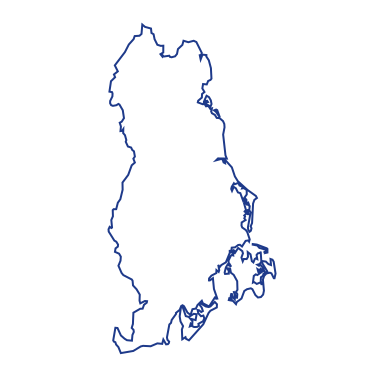 SVG path tracing the border of Mecklenburg-Vorpommern, rotated 93°
{"feature_id": "DEU-3488", "entity_name": "Mecklenburg-Vorpommern", "entity_type": "State", "adm_level": 1, "iso_a3": "DEU", "parent_name": "Germany", "parent_adm1": "", "projection": "natural_earth1", "projection_center": [12.667, 53.898], "detail": "fine", "context": "isolated", "style": "outline", "palette": "blue", "viewbox_px": 384, "rotation_deg": 93, "n_neighbors": 0, "source": "natural_earth", "source_scale": "10m", "svg_char_len": 6107}
<svg xmlns="http://www.w3.org/2000/svg" viewBox="0 0 384 384"><g transform="rotate(93 192 192)"><path d="M345.2,213.8L345.0,218.7L348.2,225.2L348.2,232.8L348.9,235.1L353.8,242.3L356.6,254.6L350.7,257.4L348.3,259.8L346.0,260.7L345.5,262.2L344.3,262.9L331.6,261.4L331.7,259.3L339.0,255.5L342.0,251.7L343.4,249.2L343.6,244.2L337.9,244.0L334.8,242.8L332.7,243.2L330.9,245.1L326.9,244.1L315.6,244.2L311.3,237.6L311.1,235.2L307.1,234.0L304.9,231.4L303.4,231.2L303.3,233.3L305.9,237.8L303.3,238.7L297.2,238.8L292.0,242.3L288.4,246.0L283.7,246.7L282.5,247.6L278.6,256.2L276.5,258.1L269.5,261.6L264.4,259.8L260.3,259.7L257.4,261.6L255.8,265.8L252.3,265.4L250.4,263.2L248.4,263.1L245.6,265.0L244.6,267.0L235.9,273.1L233.6,273.4L231.1,272.4L232.2,270.7L231.7,270.0L224.2,271.1L220.4,269.7L214.3,270.2L213.3,269.4L213.1,266.8L206.6,265.5L203.0,263.2L193.4,261.4L186.2,261.9L178.3,256.6L168.5,253.6L165.6,250.6L161.8,252.3L159.6,250.9L154.4,252.1L153.1,253.9L150.8,255.1L149.9,258.4L145.3,260.8L143.6,260.3L138.8,261.9L136.8,263.8L132.8,263.9L134.6,265.0L134.9,266.6L130.3,266.4L126.6,267.8L125.5,265.9L121.8,263.8L114.0,265.4L108.5,269.0L107.9,270.1L109.3,272.1L110.1,275.5L109.5,277.3L107.7,278.4L105.4,278.5L100.7,276.5L97.9,276.5L96.5,277.0L96.1,279.7L85.6,278.7L81.4,274.8L78.7,276.1L75.4,272.4L69.6,275.7L55.8,266.3L48.0,262.8L42.4,258.3L39.3,257.4L38.7,252.6L36.8,250.7L27.4,250.4L29.6,247.5L30.9,241.5L35.3,240.8L36.5,238.6L41.3,237.4L46.8,234.3L47.7,230.8L47.4,228.3L54.2,228.0L56.0,230.7L58.3,228.7L57.2,228.3L58.2,227.4L57.1,221.8L58.2,221.1L58.5,219.4L57.4,216.0L54.9,214.2L50.0,213.5L45.6,209.3L41.4,208.4L42.6,203.5L40.9,198.2L42.0,195.5L52.6,189.5L54.5,189.9L55.0,191.4L59.2,190.3L54.8,188.9L54.3,188.1L54.5,184.8L55.9,184.8L59.6,182.1L67.3,179.6L77.8,178.5L79.1,179.4L80.3,181.7L83.8,182.9L83.6,186.6L88.0,187.1L91.5,184.8L93.6,187.1L97.2,187.1L100.5,190.6L102.2,190.9L103.8,185.8L103.5,184.0L105.7,182.5L105.2,180.2L108.1,178.0L107.5,176.5L110.5,177.1L112.3,176.2L113.8,173.2L116.7,171.2L116.8,168.3L119.6,164.7L122.4,163.3L125.7,162.9L133.0,163.9L153.6,160.5L156.8,159.0L157.1,167.8L159.1,169.6L157.4,164.3L158.3,163.0L160.8,162.0L161.5,160.5L157.9,161.2L158.6,160.2L165.3,153.5L174.2,150.0L178.8,146.8L187.1,136.6L192.6,128.0L195.3,126.4L194.7,127.0L196.6,129.3L200.3,130.4L219.9,130.4L223.2,131.6L225.1,130.7L227.6,131.2L228.7,132.4L226.6,133.9L224.4,134.3L209.2,132.4L207.1,133.9L203.1,133.6L201.8,135.4L201.2,134.6L199.5,135.4L200.0,136.8L201.2,137.0L200.6,137.7L197.1,137.2L194.7,139.2L191.6,137.2L187.1,137.5L185.4,140.5L185.8,142.2L183.5,141.5L182.9,142.2L183.5,143.6L183.0,144.9L180.5,146.1L182.0,149.8L181.1,150.6L184.8,152.6L186.9,153.0L188.8,152.1L184.7,150.6L186.0,148.4L190.0,146.1L190.6,143.7L197.6,140.7L195.9,140.0L195.9,139.2L198.8,139.2L198.8,138.5L200.4,139.5L207.7,137.0L207.1,135.4L208.0,134.9L211.2,134.6L211.2,135.4L209.0,136.6L208.3,139.2L210.1,136.2L212.7,138.6L213.6,137.7L215.6,138.4L217.2,137.0L219.8,140.8L223.0,140.8L224.8,140.0L227.2,136.2L229.4,134.6L236.3,131.9L238.5,132.4L237.4,133.2L238.0,135.9L243.8,139.2L242.2,141.4L242.5,143.1L245.0,146.1L245.5,149.4L250.3,149.8L250.3,150.6L247.9,151.3L250.8,151.1L260.5,154.5L263.4,158.9L265.7,160.5L263.4,162.0L268.7,160.7L270.4,161.2L268.7,163.5L271.7,163.5L274.5,168.2L277.4,170.4L279.4,170.4L279.4,169.6L277.0,166.6L287.7,165.0L297.1,161.2L297.3,162.3L295.9,162.8L295.9,163.5L305.4,168.9L302.5,175.4L300.1,176.5L304.6,180.6L308.2,182.0L309.0,185.4L314.0,186.8L314.2,187.9L312.7,190.2L306.5,194.0L305.6,195.5L306.4,196.8L310.3,198.1L313.6,201.7L314.5,201.5L320.9,205.6L323.8,206.1L325.5,207.7L338.5,209.4L340.9,208.8L342.6,207.0L344.0,207.2L345.2,208.1L345.5,209.9L340.8,212.9L345.2,213.8ZM295.8,137.0L299.6,141.6L301.7,142.2L298.6,145.4L298.0,149.6L295.2,149.0L297.0,148.7L297.0,146.8L294.2,147.9L291.8,147.5L291.8,146.8L295.0,145.7L297.0,143.7L292.5,143.9L288.8,145.3L295.2,142.2L295.2,141.5L291.6,141.4L289.6,142.9L287.3,141.5L278.7,142.2L272.6,146.0L270.6,148.9L266.6,149.9L266.3,152.9L267.5,152.1L266.9,151.3L271.6,151.0L272.1,154.7L270.7,155.2L265.5,154.2L262.5,152.6L264.5,149.0L262.1,150.6L262.7,151.3L258.7,152.0L253.7,149.9L252.8,149.0L253.2,147.5L248.5,148.3L247.9,147.4L248.4,146.7L250.9,146.8L250.9,146.1L245.5,143.0L248.4,138.7L250.6,137.9L254.8,139.2L258.6,137.7L256.2,136.8L256.1,133.9L253.8,132.7L249.1,133.2L251.2,130.3L257.9,128.6L259.1,127.0L255.6,125.8L254.9,124.9L255.6,123.3L251.5,124.2L249.8,123.0L249.2,120.6L247.9,120.3L257.9,119.1L260.4,120.6L261.2,122.9L262.2,121.2L261.4,119.5L264.3,117.0L267.3,115.6L265.0,119.5L266.8,120.3L265.6,122.5L268.6,121.5L269.1,120.3L266.8,119.5L268.0,117.9L271.5,122.4L270.9,124.0L272.6,125.9L279.2,126.4L278.6,125.5L280.4,122.5L278.6,118.7L280.4,117.9L280.4,117.2L277.4,118.7L273.5,118.7L272.0,116.8L269.9,116.3L267.3,112.7L259.1,118.3L257.3,117.9L257.6,114.6L260.0,111.9L260.8,109.3L254.8,110.1L255.4,108.1L257.3,106.8L269.1,104.3L273.8,105.1L273.8,105.8L269.1,108.4L268.5,110.0L269.5,113.5L272.1,115.6L275.7,116.6L286.8,115.0L290.7,115.6L293.3,117.7L293.9,120.6L291.6,123.3L285.9,126.6L285.1,128.2L286.2,132.0L288.1,134.6L295.8,137.0ZM340.3,187.3L338.9,190.3L337.3,190.9L339.6,194.0L329.8,194.9L326.4,193.9L321.9,196.7L316.9,197.8L308.4,197.1L306.8,195.5L316.3,191.7L316.9,188.5L313.6,183.9L313.8,181.0L319.7,181.7L318.6,187.1L321.0,184.8L324.5,184.8L323.4,186.4L326.3,187.1L325.6,185.6L326.7,182.9L326.5,179.9L325.3,178.1L323.3,178.7L320.5,174.2L317.4,173.1L314.8,174.2L315.6,176.5L312.7,179.4L309.6,180.2L309.8,178.7L311.4,176.5L310.3,174.9L306.8,176.3L304.3,178.5L302.5,178.0L305.6,172.2L306.0,169.3L305.3,167.6L300.6,163.5L302.8,161.2L306.0,161.2L309.6,167.4L311.9,169.1L323.5,173.8L340.3,187.3ZM95.1,182.5L96.4,180.0L99.5,178.0L103.1,177.1L105.7,178.0L102.2,184.8L101.1,184.8L101.7,182.1L101.3,180.8L100.1,181.7L100.5,183.3L99.2,184.1L95.1,182.5ZM247.9,114.2L245.7,115.5L244.3,121.8L242.0,124.0L241.4,128.6L240.8,128.6L241.1,124.5L244.3,114.4L244.9,113.7L248.5,113.5L249.0,115.3L248.4,115.0L248.4,116.5L247.9,116.5L247.9,114.2ZM108.4,172.2L108.9,171.1L116.0,168.1L110.5,172.4L109.3,174.2L108.4,172.2Z" fill="none" stroke="#1e3a8a" stroke-width="2"/></g></svg>